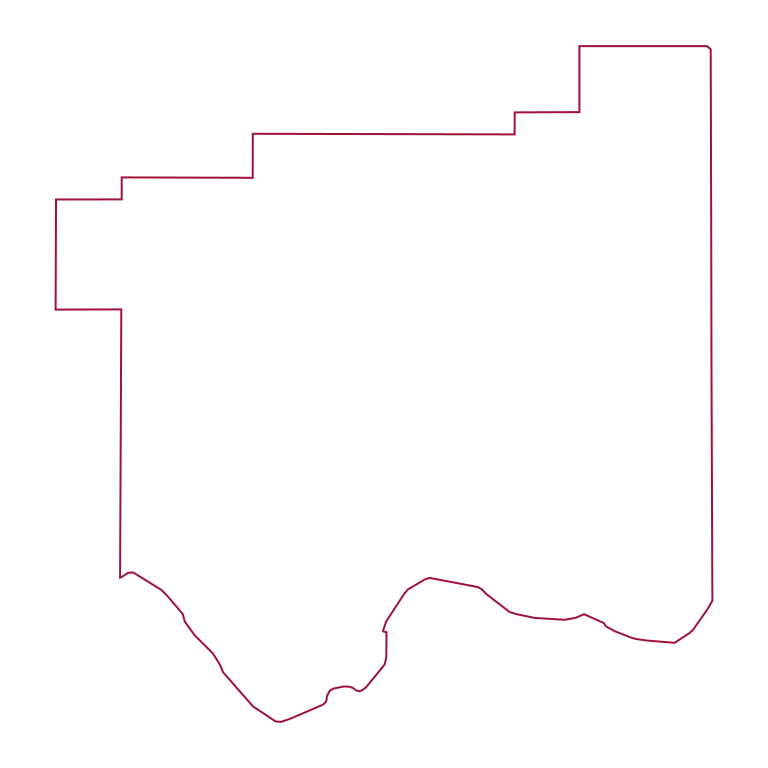 outline of Cotton, Oklahoma, United States of America
{"feature_id": "52423323B79195939570534", "entity_name": "Cotton", "entity_type": "district", "adm_level": 2, "iso_a3": "USA", "parent_name": "United States of America", "parent_adm1": "Oklahoma", "projection": "albers", "projection_center": [-98.393, 34.285], "detail": "fine", "context": "isolated", "style": "outline", "palette": "rose", "viewbox_px": 768, "rotation_deg": 0, "n_neighbors": 0, "source": "geoboundaries", "source_scale": "gbopen_adm2", "svg_char_len": 1045}
<svg xmlns="http://www.w3.org/2000/svg" viewBox="0 0 768 768"><path d="M56.0,199.5L55.6,309.6L121.3,309.4L120.1,577.6L121.7,577.0L127.9,572.9L133.1,572.4L161.6,590.1L167.4,596.0L182.8,614.1L184.8,621.6L194.5,635.1L212.9,653.4L220.0,664.8L223.0,672.2L253.1,706.5L275.6,721.4L281.0,721.9L289.8,718.9L322.5,704.9L325.9,702.0L326.6,699.8L326.9,696.1L329.2,691.8L330.4,690.2L333.8,688.5L343.8,686.5L348.4,686.6L352.5,687.7L355.1,689.6L356.2,690.4L359.1,691.3L361.8,690.4L366.1,687.3L384.5,664.7L386.3,657.7L386.5,632.2L383.6,631.6L383.0,630.9L386.2,621.4L403.9,594.3L407.8,589.5L425.1,579.3L429.5,577.9L477.9,587.1L481.6,589.1L486.4,594.1L509.7,612.1L517.6,614.4L534.7,617.9L564.7,619.8L575.4,617.9L584.1,614.2L603.9,623.1L606.0,626.4L615.0,631.3L631.1,637.6L635.6,638.9L646.5,640.5L674.6,642.8L689.3,633.2L693.1,629.8L707.6,609.0L712.4,600.8L711.5,376.0L711.2,221.8L710.7,49.4L707.0,46.1L579.4,46.1L579.4,112.1L514.7,112.4L514.6,134.4L252.8,133.8L252.7,177.8L121.7,177.4L121.7,199.4L56.0,199.5Z" fill="none" stroke="#9f1239" stroke-width="2"/></svg>